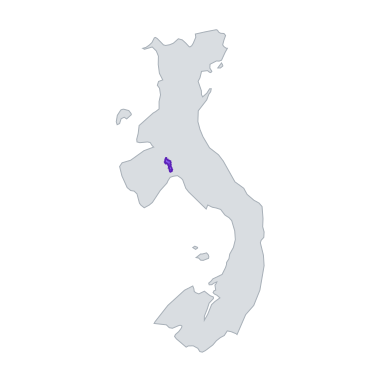 Santa María, Herrera, Panama (highlighted), rotated 78°
{"feature_id": "35544464B33325407624230", "entity_name": "Santa María", "entity_type": "district", "adm_level": 2, "iso_a3": "PAN", "parent_name": "Panama", "parent_adm1": "Herrera", "projection": "orthographic", "projection_center": [-80.702, 8.094], "detail": "fine", "context": "in_parent", "style": "filled", "palette": "violet", "viewbox_px": 384, "rotation_deg": 78, "n_neighbors": 0, "source": "geoboundaries", "source_scale": "gbopen_adm2", "svg_char_len": 5682}
<svg xmlns="http://www.w3.org/2000/svg" viewBox="0 0 384 384"><g transform="rotate(78 192 192)"><path d="M340.8,177.6L339.8,178.3L336.8,182.7L335.2,186.4L339.1,190.3L340.3,194.5L342.5,199.0L346.0,203.5L349.9,211.9L350.8,215.2L349.7,217.5L346.1,218.8L342.7,222.8L341.8,227.6L342.5,230.0L332.4,237.8L329.7,239.1L328.0,237.9L325.8,234.0L323.1,230.9L321.7,229.9L320.9,229.8L320.1,230.6L319.8,232.2L321.2,239.5L320.0,242.4L316.6,244.7L312.7,256.4L311.1,255.0L297.9,239.2L286.5,219.7L284.1,210.8L287.0,210.3L289.8,210.5L291.4,209.1L293.1,206.5L291.6,200.5L297.1,195.9L299.2,192.9L300.7,193.2L304.3,198.4L309.6,201.4L316.0,205.7L320.0,206.6L315.0,202.1L306.2,196.2L303.8,192.2L301.4,186.7L298.1,189.1L296.5,191.2L294.8,192.3L293.2,191.0L292.9,189.2L287.8,188.9L286.5,187.3L285.1,186.4L285.8,189.8L286.8,191.9L286.3,194.5L284.6,194.6L283.2,192.0L281.3,189.6L278.9,179.7L273.0,175.0L270.3,173.4L268.1,172.8L264.9,169.7L260.6,168.0L254.8,163.0L247.6,159.5L238.9,158.3L228.3,159.1L224.8,161.1L222.4,163.6L221.2,164.7L215.0,167.6L212.6,171.8L211.1,175.3L208.0,179.3L211.6,181.7L191.2,195.3L187.1,197.3L178.0,198.6L175.8,200.1L173.0,202.8L172.7,206.8L173.1,210.3L175.8,213.0L178.1,214.7L183.9,222.7L194.0,232.9L195.9,236.6L197.5,242.0L194.4,244.6L192.1,245.7L182.4,246.2L179.1,248.4L177.8,251.7L174.2,254.5L161.7,257.2L152.0,257.5L148.9,254.3L148.2,245.5L141.6,230.4L140.1,220.1L138.4,221.3L134.9,222.6L133.8,225.1L132.9,232.8L131.6,235.4L128.9,235.1L123.4,232.4L116.0,229.9L106.7,213.6L105.7,210.6L103.9,206.9L96.7,205.4L90.5,202.6L83.8,202.2L80.4,203.7L76.9,201.7L76.3,197.3L69.2,199.2L60.2,198.5L52.1,196.6L46.6,197.6L41.9,200.7L42.5,208.8L41.2,210.3L41.0,207.0L39.4,203.2L37.5,200.1L33.4,196.8L33.2,195.6L34.8,194.0L42.2,189.3L43.2,187.3L43.3,183.2L42.6,179.3L39.3,173.5L41.2,169.9L45.1,167.1L49.0,164.8L49.7,163.9L48.9,161.9L46.7,159.8L41.4,156.1L38.2,155.9L38.1,145.5L38.3,134.5L39.1,133.4L41.1,132.7L42.7,131.0L43.6,127.8L45.9,126.6L50.1,129.2L54.4,131.4L56.2,130.7L57.5,129.6L58.5,128.6L58.8,127.5L62.2,130.5L69.2,135.7L69.6,138.3L68.9,140.8L70.8,147.8L74.5,148.8L78.1,147.5L79.1,148.8L78.4,150.1L76.5,151.6L76.0,157.6L82.0,160.5L85.0,163.0L95.0,161.8L98.7,162.5L101.2,161.8L98.4,156.9L94.7,153.3L95.0,151.7L97.8,152.9L100.0,155.3L104.9,158.4L113.9,169.0L124.3,171.6L132.5,171.2L140.2,169.8L152.4,165.7L161.2,158.3L168.2,155.0L191.0,147.9L199.1,140.6L202.5,139.6L205.8,138.6L213.0,133.1L216.8,128.7L220.8,126.5L232.9,128.1L240.7,130.1L246.1,129.8L251.3,131.2L253.6,134.4L255.9,135.7L268.7,135.3L279.1,136.8L302.1,146.0L315.8,155.2L323.1,165.0L340.8,177.6ZM110.6,251.2L107.6,251.5L101.5,249.1L97.0,244.6L96.7,243.1L96.8,241.6L99.2,236.9L102.5,235.3L103.8,235.3L106.9,240.7L104.8,242.8L105.6,246.1L110.0,248.6L110.6,251.2ZM258.0,199.2L257.0,201.6L254.4,196.4L254.8,195.0L254.6,190.4L257.0,189.1L258.8,189.0L260.3,189.6L261.2,195.2L260.5,197.7L258.0,199.2ZM76.6,138.4L76.0,141.0L71.9,136.3L74.4,135.6L75.2,135.7L76.6,138.4ZM248.9,200.4L246.5,202.8L245.6,200.5L247.3,198.1L247.9,198.1L248.9,200.4Z" fill="#d9dde1" stroke="#a8b0b8" stroke-width="1"/><path d="M160.7,207.0L160.4,207.0L160.2,207.2L159.9,207.1L159.9,207.3L159.9,207.2L159.7,207.3L159.6,207.2L159.6,207.3L159.5,207.2L159.4,207.2L159.2,207.1L158.9,207.0L158.8,206.9L158.7,206.8L158.4,206.9L158.2,206.8L158.3,206.8L158.2,206.8L158.2,206.7L158.3,206.7L158.2,206.6L157.9,206.7L157.7,206.7L157.7,206.8L157.4,206.8L157.5,206.7L157.4,206.7L157.4,206.8L157.2,206.8L157.1,206.7L157.0,206.8L156.9,206.8L157.0,206.8L157.0,207.0L156.8,207.3L156.7,207.4L156.5,207.5L156.4,207.6L156.3,207.9L156.5,208.0L156.4,208.1L156.5,208.4L156.5,208.5L156.4,208.8L156.2,208.9L155.9,208.9L155.7,208.9L155.6,209.0L155.6,208.9L155.4,208.9L155.5,209.1L155.3,209.3L155.3,209.5L155.2,209.7L154.8,209.8L154.7,209.7L154.4,209.9L154.1,209.9L154.1,210.0L154.0,209.9L153.9,209.9L153.9,210.1L153.7,210.1L153.5,210.3L153.3,210.2L153.3,210.4L153.5,210.4L153.4,210.5L153.6,210.6L153.6,210.8L153.8,210.9L153.9,211.0L154.1,210.9L154.2,211.0L154.3,211.1L154.4,211.4L154.5,211.5L155.1,211.6L155.3,211.6L155.5,211.6L155.8,211.8L156.0,211.9L156.2,212.0L156.2,211.9L156.2,212.0L156.3,212.0L156.5,212.1L156.8,211.9L157.0,211.9L157.3,211.9L157.3,212.0L157.4,211.9L157.4,212.0L157.5,212.1L157.8,212.1L157.9,212.3L158.0,212.2L158.3,212.1L158.2,212.0L158.4,212.0L158.4,211.9L158.5,211.9L158.8,211.7L159.0,211.5L159.2,211.3L159.3,211.4L159.2,211.3L159.2,211.2L158.8,210.9L158.9,210.7L159.0,210.6L159.1,210.4L159.3,210.3L159.3,210.1L159.5,210.0L159.4,209.9L159.5,209.9L159.8,209.8L159.9,209.6L160.2,209.7L160.3,209.7L160.4,209.8L160.5,209.8L160.8,209.8L160.8,209.6L161.0,209.4L161.3,209.4L161.5,209.4L161.7,209.2L161.8,209.3L161.9,209.2L161.9,209.3L162.0,209.3L162.3,209.5L162.5,209.5L162.6,209.4L162.6,209.5L162.8,209.5L162.8,209.4L163.0,209.4L163.1,209.5L163.1,209.4L163.3,209.4L163.4,209.5L163.5,209.5L163.8,209.5L164.0,209.6L164.2,209.4L164.3,209.5L164.5,209.4L164.5,209.5L164.8,209.5L164.9,209.4L165.0,209.3L165.0,209.5L165.3,209.5L165.4,209.4L165.5,209.5L165.8,209.5L166.0,209.5L166.3,209.5L166.3,209.4L166.5,209.3L166.8,209.5L167.1,209.5L167.2,209.4L167.3,209.3L167.5,209.2L167.8,209.1L167.7,208.9L167.7,208.7L167.5,208.4L167.7,208.0L167.7,207.9L167.5,207.7L167.3,207.5L167.2,207.4L167.2,207.2L166.8,207.3L166.8,207.0L166.6,206.9L166.4,207.0L166.3,207.3L166.2,207.4L165.9,207.3L165.7,207.2L165.9,206.9L166.1,206.8L166.1,206.7L165.9,206.5L165.7,206.6L165.6,206.8L165.0,206.9L164.5,206.8L163.8,206.9L163.5,207.1L163.3,207.1L163.1,207.3L162.9,207.4L162.7,207.3L162.4,207.5L162.2,207.5L161.9,207.7L161.8,207.4L161.6,207.4L161.3,207.3L161.0,207.3L161.1,207.2L161.3,207.1L161.5,207.2L161.2,206.9L161.0,207.0L160.7,207.0Z" fill="#8b5cf6" stroke="#5b21b6" stroke-width="1.5"/></g></svg>